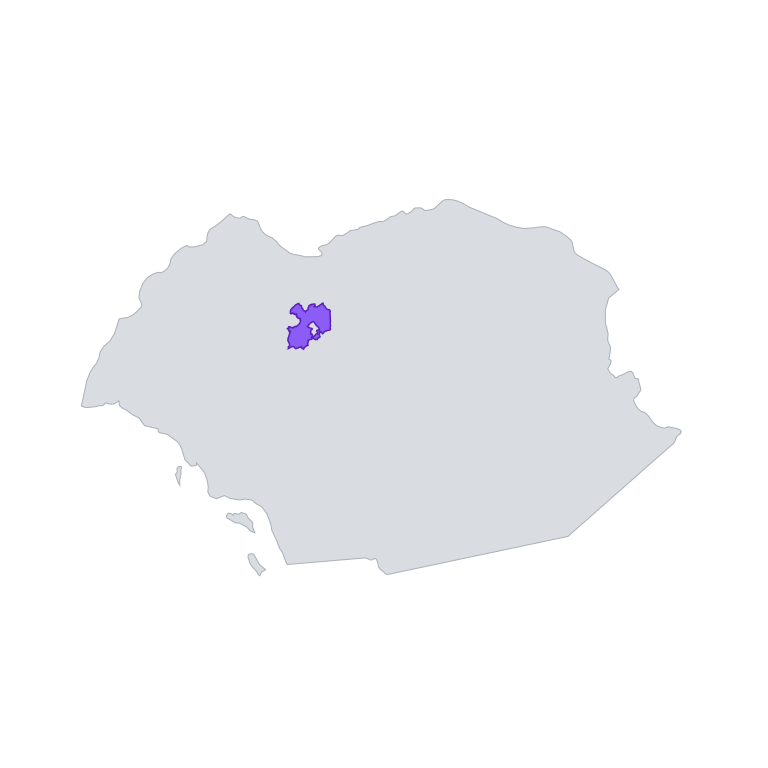 Mufindi, Iringa, United Republic of Tanzania (highlighted), rotated 139°
{"feature_id": "72390352B52349151211707", "entity_name": "Mufindi", "entity_type": "district", "adm_level": 2, "iso_a3": "TZA", "parent_name": "United Republic of Tanzania", "parent_adm1": "Iringa", "projection": "orthographic", "projection_center": [35.243, -8.57], "detail": "fine", "context": "in_parent", "style": "filled", "palette": "violet", "viewbox_px": 768, "rotation_deg": 139, "n_neighbors": 0, "source": "geoboundaries", "source_scale": "gbopen_adm2", "svg_char_len": 9453}
<svg xmlns="http://www.w3.org/2000/svg" viewBox="0 0 768 768"><g transform="rotate(139 384 384)"><path d="M299.7,518.2L292.6,514.5L286.2,512.2L280.9,509.7L278.5,507.3L273.5,506.3L269.3,506.0L265.3,503.7L257.1,502.9L256.2,501.4L256.0,498.0L254.6,497.1L251.7,496.3L248.5,496.3L246.5,496.8L245.4,496.6L242.7,494.6L240.2,492.1L239.3,488.0L235.5,485.5L231.2,483.4L219.3,483.8L217.4,483.2L214.5,481.1L211.2,477.8L208.5,473.9L206.1,468.7L203.6,461.6L189.6,433.4L188.1,428.0L185.4,422.1L180.9,414.8L176.2,409.5L169.9,404.6L162.7,399.8L158.8,396.6L151.3,383.3L149.7,377.1L148.5,370.7L148.9,368.0L153.4,359.6L153.9,357.3L153.3,354.1L151.0,347.5L148.0,339.5L142.0,324.9L141.2,321.2L141.2,318.4L144.5,303.4L144.5,301.3L158.2,301.4L168.2,294.8L176.9,284.9L178.7,280.8L182.2,274.5L185.7,271.3L187.0,269.2L189.0,262.9L193.6,258.6L198.0,255.3L197.1,253.0L197.7,252.2L200.2,250.5L204.9,248.9L205.9,245.6L205.8,242.0L205.0,239.9L205.2,237.5L204.4,236.2L201.3,235.9L196.7,234.1L192.8,233.4L190.2,232.3L189.2,231.5L188.8,229.3L190.9,223.6L188.8,221.3L193.5,211.8L194.4,210.7L196.1,210.5L198.9,209.5L201.5,209.0L203.6,209.3L205.1,208.9L206.5,207.8L207.6,204.6L208.5,199.2L208.0,194.9L206.0,191.6L205.4,186.5L206.3,179.6L205.7,173.9L203.4,169.3L201.2,166.6L197.7,165.4L192.3,158.5L190.6,155.1L190.9,153.0L192.8,152.1L196.2,152.4L199.5,151.5L202.5,149.6L205.5,149.0L207.0,149.3L345.1,148.3L506.5,238.0L507.1,239.1L508.4,246.9L508.1,249.5L505.6,253.9L504.9,256.2L504.9,257.9L505.5,258.5L507.6,258.7L509.4,259.8L510.0,260.6L511.4,264.0L513.1,265.7L574.1,310.3L575.5,311.0L574.6,314.7L571.1,323.6L570.9,327.4L569.5,331.8L568.2,334.6L564.6,347.3L561.6,352.0L557.5,363.0L556.9,371.5L559.0,377.4L559.8,383.0L564.5,388.5L568.2,390.5L570.7,393.0L575.2,398.8L577.7,404.5L585.8,407.4L588.9,413.8L587.7,418.2L583.9,421.9L580.4,427.7L577.5,435.5L577.3,447.4L579.2,445.6L583.5,448.6L583.9,457.3L579.4,467.5L578.0,472.2L577.8,476.3L580.8,488.6L585.6,494.8L585.2,496.8L583.9,498.4L592.0,509.5L591.2,519.1L594.2,526.5L595.5,533.0L597.5,538.0L597.8,541.4L595.2,545.2L601.2,546.2L604.7,549.3L606.3,552.3L610.6,552.2L613.0,554.3L616.3,556.0L623.7,561.1L625.7,563.6L626.8,566.0L606.1,581.4L598.6,585.4L593.3,587.2L587.6,588.2L582.2,590.6L577.1,594.4L570.6,596.3L562.7,596.2L554.3,598.9L541.1,606.9L533.6,602.3L527.6,600.8L520.7,600.9L516.5,601.5L515.0,602.4L513.7,605.2L512.5,609.7L508.0,614.0L500.0,618.1L492.7,619.6L486.1,618.5L481.6,616.8L479.2,614.3L475.8,613.2L471.2,613.4L466.8,615.1L462.6,618.3L455.9,619.7L446.7,619.3L441.7,617.7L441.1,615.0L437.0,611.8L429.7,608.1L424.2,608.0L420.7,611.5L417.5,613.7L414.7,614.6L412.1,614.7L408.3,613.8L398.2,613.4L388.5,613.5L387.6,608.5L385.5,605.4L383.8,603.6L380.5,603.1L379.5,601.7L378.4,598.6L376.8,595.9L374.6,593.7L373.3,591.6L372.8,589.8L373.2,587.7L375.2,582.5L375.8,579.0L375.6,575.3L374.5,571.6L372.2,567.2L372.4,565.9L371.7,562.9L371.6,560.8L372.0,558.1L371.6,554.7L369.6,547.3L369.6,545.4L367.5,541.8L361.0,533.3L360.7,532.2L350.6,523.7L346.5,521.8L345.1,523.5L344.5,524.9L345.0,527.7L344.7,529.0L344.3,529.6L341.9,529.6L340.4,529.3L336.6,527.0L333.6,526.4L326.2,526.9L323.6,527.4L321.6,526.9L317.6,523.0L313.0,522.2L308.9,522.0L302.1,517.6L299.7,518.2ZM587.1,376.4L590.4,385.8L589.9,387.5L587.5,388.6L586.3,388.7L584.8,387.2L583.8,384.0L582.0,384.7L579.0,380.9L576.0,380.7L573.3,376.1L574.4,372.2L573.9,365.5L577.2,362.1L579.0,356.4L581.1,360.3L581.6,366.5L584.3,373.7L587.1,376.4ZM603.6,320.7L603.9,322.9L603.2,325.0L603.3,331.7L603.0,336.1L600.4,342.2L598.4,344.3L596.6,343.7L595.1,342.6L593.9,341.0L596.4,329.8L595.2,321.5L599.9,322.4L603.6,320.7ZM595.7,456.0L593.3,456.5L592.4,455.9L591.0,454.1L593.5,452.5L596.0,449.5L601.7,445.1L604.4,441.6L603.9,445.1L600.7,452.6L597.9,453.1L595.7,456.0Z" fill="#d9dde1" stroke="#a8b0b8" stroke-width="1"/><path d="M388.8,460.2L388.1,460.9L387.9,461.6L387.5,462.2L387.0,462.5L386.9,462.6L386.5,462.7L386.4,462.9L386.2,463.0L385.5,464.1L384.8,464.9L384.2,465.7L383.0,466.7L382.8,467.1L382.7,467.4L382.6,467.6L382.1,467.9L381.7,468.6L381.4,468.8L381.3,469.2L380.8,469.6L380.4,470.0L379.7,471.0L379.6,471.3L379.1,471.6L378.8,472.4L378.6,472.7L378.2,473.1L377.2,473.7L377.0,473.9L377.0,474.3L376.8,474.7L376.5,475.0L376.5,475.3L376.4,475.7L376.9,476.2L376.9,476.4L377.4,476.6L377.7,477.0L377.9,477.9L378.1,478.2L378.2,478.5L378.0,479.4L378.0,480.1L377.6,481.4L377.6,481.6L377.9,482.2L377.8,482.6L377.9,483.7L377.9,483.9L377.6,484.0L377.4,484.2L377.1,485.1L377.3,485.1L377.6,485.4L378.4,485.5L378.9,485.3L379.3,485.3L380.1,485.5L380.3,485.6L380.8,485.6L381.2,485.6L381.4,485.6L381.5,485.4L382.0,485.7L382.5,485.9L383.1,485.9L383.6,486.1L384.1,486.1L384.3,486.3L384.7,486.6L385.6,487.9L385.2,487.8L384.8,488.1L384.5,488.4L384.6,488.5L384.5,489.0L383.8,489.7L384.2,490.1L384.6,490.5L385.2,490.8L385.4,490.9L385.6,490.9L386.1,491.5L386.9,491.4L387.1,491.9L387.7,492.1L387.9,492.2L388.3,492.1L388.6,492.1L389.3,492.3L389.4,492.2L390.3,491.7L391.3,491.3L391.8,490.7L392.0,490.1L393.2,490.0L393.9,490.2L394.4,490.3L395.6,490.1L395.9,490.0L395.7,490.5L395.7,490.8L396.1,491.5L396.3,491.7L396.5,492.4L396.4,493.2L396.1,493.7L396.1,494.0L395.8,494.5L396.3,495.4L396.3,495.6L395.6,496.4L395.2,496.7L395.1,496.9L395.1,497.1L395.0,497.3L395.4,498.3L395.8,498.8L395.8,499.6L395.5,500.3L395.4,500.7L396.3,501.2L397.4,501.3L397.7,501.4L398.1,501.4L398.4,501.5L398.6,501.5L398.8,501.7L399.3,501.7L400.3,501.6L400.9,501.4L401.2,501.5L401.9,501.4L402.3,501.6L402.8,501.5L403.5,501.6L403.6,501.4L404.0,501.2L404.3,501.3L404.4,501.2L404.7,501.3L405.7,501.2L405.9,501.0L405.9,500.8L405.8,500.7L406.1,500.8L406.4,500.5L406.8,500.5L406.9,500.4L407.1,500.2L407.5,499.5L407.9,499.0L408.3,498.9L408.3,498.7L408.2,498.6L408.2,498.3L408.1,498.0L407.4,498.1L407.3,497.7L407.1,497.5L406.8,497.3L406.4,497.5L406.0,497.2L406.0,496.9L405.9,496.7L406.2,496.6L406.2,496.2L406.0,495.9L405.7,495.9L405.8,495.6L405.4,495.4L405.3,495.2L405.7,494.9L405.6,494.6L405.4,494.5L405.2,494.3L404.5,494.2L404.3,494.2L404.5,493.6L404.6,493.4L404.9,493.4L404.9,493.2L405.1,493.2L405.3,492.6L405.8,492.1L405.7,491.6L405.6,491.4L405.4,491.3L405.4,491.2L405.6,491.0L405.5,490.9L405.4,490.9L405.5,490.7L405.4,490.5L405.7,490.1L405.5,489.8L405.3,489.7L405.1,489.5L405.0,489.2L404.8,489.1L404.8,488.6L404.4,488.4L404.6,487.6L404.9,487.6L405.2,487.5L405.5,487.1L405.6,486.1L405.8,486.0L406.0,485.8L407.9,485.2L408.3,485.0L410.9,484.8L411.9,484.9L412.0,485.0L412.6,485.0L412.7,485.3L412.9,485.3L413.0,485.5L413.4,485.7L413.8,485.9L414.4,485.8L414.7,486.0L414.8,485.9L414.9,486.1L415.2,486.0L415.3,486.2L415.6,486.0L416.0,486.1L416.1,486.3L416.3,486.4L416.4,486.7L416.5,486.8L417.0,488.0L417.3,488.3L417.6,489.0L418.0,489.3L418.1,489.6L418.3,489.7L418.7,489.0L419.1,488.5L420.0,489.2L420.5,489.3L420.6,489.1L420.4,488.9L420.3,488.6L420.4,488.3L420.5,488.2L420.4,487.6L420.5,487.3L420.5,486.8L420.4,486.7L420.4,486.1L420.6,485.7L421.1,485.7L420.9,485.4L420.2,485.1L421.5,484.3L423.3,483.3L424.4,482.5L425.9,481.7L427.2,480.8L427.3,480.5L428.2,479.6L428.3,478.6L428.8,477.3L428.9,476.1L429.4,475.5L430.1,475.1L431.1,474.8L431.9,474.8L432.2,474.2L433.0,473.5L429.8,472.8L429.3,472.5L428.3,472.2L428.0,472.0L427.8,471.6L427.5,471.2L427.6,470.7L427.6,469.1L427.5,468.7L427.2,468.5L426.7,468.3L426.3,468.1L425.7,467.8L425.4,467.6L424.6,467.6L423.1,466.9L422.7,466.5L422.2,466.4L421.8,466.2L422.2,466.0L422.5,465.8L422.3,465.1L422.5,464.7L422.3,464.2L422.0,464.0L421.9,463.9L422.1,463.6L421.9,463.1L421.5,463.1L420.7,463.6L420.3,463.6L419.8,463.8L418.8,463.7L418.4,463.8L417.9,463.6L417.5,463.7L417.4,463.5L417.0,463.3L416.9,463.3L416.6,463.4L416.0,463.1L415.5,464.1L415.3,464.2L415.1,464.3L414.8,464.8L414.5,465.0L414.4,465.1L414.1,465.1L413.5,465.6L413.4,465.9L413.1,466.4L412.8,466.3L412.6,466.3L412.3,466.3L412.0,466.3L411.8,466.5L411.3,466.5L410.3,465.9L409.7,465.5L409.3,465.4L408.6,465.3L408.3,465.1L407.5,465.0L407.2,464.9L407.2,464.7L407.2,464.3L407.1,463.9L406.9,463.7L406.9,463.3L406.7,463.1L406.6,462.3L406.5,462.2L406.0,462.2L405.4,461.7L405.2,461.4L404.7,461.7L404.2,461.9L403.6,461.9L403.4,461.8L403.1,461.9L402.6,461.6L402.3,461.6L402.0,461.4L401.1,461.8L400.9,462.8L400.7,463.0L400.5,463.8L399.8,464.1L399.4,464.6L398.4,465.1L398.2,465.7L398.0,465.9L397.8,465.6L397.7,465.0L397.4,464.8L397.6,464.3L397.5,463.9L397.5,463.6L397.3,463.1L397.4,462.4L397.3,462.1L396.2,462.2L396.0,462.3L395.4,462.6L395.0,462.5L394.6,462.5L393.7,462.4L392.9,462.1L392.7,461.8L391.9,461.7L390.2,460.7L389.3,460.3L388.8,460.2ZM401.9,466.1L402.7,466.3L403.3,466.2L404.0,465.9L404.6,465.9L405.0,465.8L405.3,465.9L405.5,466.0L406.0,466.1L406.3,466.4L406.9,466.8L407.3,466.7L407.8,466.8L408.0,466.6L408.0,466.9L406.7,467.3L405.8,467.9L405.8,468.3L405.7,468.6L405.6,468.8L405.6,469.2L406.6,469.6L406.0,470.1L405.8,470.7L405.5,470.9L405.5,471.1L404.7,471.9L403.9,472.3L403.5,472.5L403.1,472.3L402.8,472.3L402.3,472.5L401.9,472.7L402.0,473.0L402.2,473.5L402.5,473.9L402.8,474.3L403.0,474.5L403.1,474.8L403.2,475.7L403.8,476.1L404.0,477.2L404.0,477.6L403.9,477.7L402.4,477.8L402.0,478.0L400.5,478.2L399.3,478.2L398.9,478.1L397.9,478.1L396.7,477.6L396.4,477.6L396.2,477.4L396.2,476.4L396.5,474.6L396.5,473.4L396.7,472.5L396.4,470.8L396.3,469.8L396.5,468.7L396.8,467.8L397.0,467.7L397.4,467.8L397.5,467.4L397.7,467.2L397.7,467.3L398.1,467.5L398.3,467.9L398.8,468.1L399.0,468.5L399.7,468.4L400.2,468.1L400.3,467.9L400.3,467.2L400.1,466.5L400.1,466.3L400.5,466.1L400.8,465.8L401.3,465.4L401.5,465.4L401.7,466.0L401.9,466.1Z" fill="#8b5cf6" stroke="#5b21b6" stroke-width="1.5"/></g></svg>